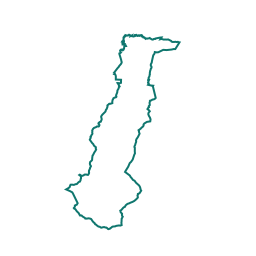 the district of Malini, Suceava, Romania, rotated 334°
{"feature_id": "2599482B41732614853379", "entity_name": "Malini", "entity_type": "district", "adm_level": 2, "iso_a3": "ROU", "parent_name": "Romania", "parent_adm1": "Suceava", "projection": "natural_earth1", "projection_center": [26.022, 47.371], "detail": "fine", "context": "isolated", "style": "outline", "palette": "teal", "viewbox_px": 256, "rotation_deg": 334, "n_neighbors": 0, "source": "geoboundaries", "source_scale": "gbopen_adm2", "svg_char_len": 5730}
<svg xmlns="http://www.w3.org/2000/svg" viewBox="0 0 256 256"><g transform="rotate(334 128 128)"><path d="M112.4,190.1L112.3,188.9L112.7,187.6L112.9,186.3L112.8,184.6L111.2,180.7L110.8,178.3L109.7,176.8L109.3,174.6L108.9,173.4L108.8,171.5L106.1,166.2L107.2,165.4L111.2,162.9L114.2,160.3L115.9,159.8L118.4,158.4L122.0,154.7L123.1,153.9L123.8,152.1L125.5,148.7L125.4,147.9L125.8,147.3L127.0,146.4L127.9,145.3L129.3,144.0L129.7,142.8L130.6,141.8L132.9,140.5L135.9,138.2L136.1,136.5L136.3,136.0L136.5,135.6L136.4,135.3L136.5,134.6L139.0,134.2L140.2,133.7L142.3,133.2L143.1,132.6L143.3,132.0L143.6,131.6L144.6,131.1L147.7,130.8L150.9,131.8L152.0,130.2L152.1,129.9L152.3,128.2L152.1,126.2L152.3,124.5L152.6,124.0L153.2,123.3L154.9,122.5L154.7,121.5L153.8,119.5L154.7,118.9L156.0,118.5L156.0,117.8L156.3,117.4L157.4,117.1L157.7,116.8L158.4,114.8L159.5,113.6L159.6,113.2L159.8,113.1L161.0,113.4L162.0,113.2L162.5,113.2L163.8,113.6L165.2,113.5L166.1,113.1L168.6,101.6L168.5,101.4L169.1,101.0L167.5,100.0L165.0,98.0L166.0,97.5L166.2,97.0L165.8,96.6L165.9,95.9L166.1,95.7L168.0,94.0L167.2,93.6L167.5,93.2L168.3,92.6L168.7,91.7L169.6,91.2L170.2,90.6L170.7,89.7L171.1,89.5L171.7,88.1L173.1,86.2L173.9,85.5L174.6,84.6L175.2,84.4L175.6,84.0L175.9,83.5L176.0,82.8L175.8,82.1L175.9,81.8L176.4,80.8L178.0,79.6L178.9,78.3L182.6,73.7L183.9,73.1L185.0,72.1L185.4,71.5L186.9,72.6L188.4,73.2L193.9,73.2L196.9,74.9L201.6,76.6L203.8,77.1L205.1,77.8L211.8,73.6L211.1,73.1L210.6,72.4L209.4,72.1L208.3,71.2L207.4,71.0L205.6,70.1L205.0,69.4L205.0,68.7L202.9,66.0L201.7,65.6L200.5,64.9L198.9,64.2L197.1,62.6L196.1,62.4L197.8,61.3L196.5,60.8L191.9,59.6L191.6,59.9L190.2,59.3L189.6,59.5L188.8,59.3L188.3,58.9L188.2,58.6L187.2,57.3L187.0,56.6L186.1,56.6L185.1,56.2L184.4,56.1L183.5,55.4L183.4,55.5L182.9,55.6L182.8,55.3L183.1,55.2L182.7,54.8L182.6,54.1L181.9,53.7L181.8,53.3L181.6,53.2L181.8,52.9L180.8,52.0L181.2,51.7L181.3,51.2L181.0,50.5L180.7,50.3L179.9,50.1L179.9,50.3L179.7,50.4L179.0,50.2L178.8,50.3L178.5,50.1L178.8,49.9L178.7,49.6L178.1,49.3L177.3,49.3L177.3,49.5L177.0,49.5L176.6,49.1L176.7,48.9L176.4,48.1L176.2,48.0L176.2,47.9L175.8,47.8L175.6,48.1L175.3,48.0L175.1,48.2L174.8,47.7L174.6,47.5L173.8,48.3L173.1,48.2L171.4,46.9L171.9,46.5L170.6,46.5L170.9,46.2L170.5,45.4L169.9,44.7L169.3,45.0L169.0,44.7L168.2,44.8L167.4,44.2L166.8,44.2L166.8,43.8L166.5,43.5L166.3,43.8L165.6,43.6L164.9,44.0L165.2,44.5L164.2,44.7L163.8,44.6L163.4,45.0L163.3,45.3L163.4,45.6L163.1,46.2L162.7,46.5L162.5,46.9L162.1,47.1L161.8,47.5L162.5,48.1L162.4,48.3L162.1,48.0L160.8,47.6L160.4,47.9L161.3,48.6L161.3,49.5L161.1,49.6L160.7,49.2L160.3,49.7L160.4,49.9L159.9,49.9L159.8,50.3L160.9,50.1L161.8,50.9L161.0,51.4L160.9,51.8L161.5,52.4L162.1,52.6L162.1,53.4L161.0,52.9L160.5,52.8L160.3,53.3L159.1,55.1L158.8,55.1L158.4,55.0L157.9,55.1L157.6,55.5L157.7,55.8L157.2,55.9L156.8,55.7L156.7,55.5L156.7,54.8L156.5,54.6L156.0,54.5L155.5,54.6L154.8,55.0L154.6,56.3L154.3,56.8L154.5,57.1L153.6,57.3L152.9,57.2L152.7,57.6L152.3,60.2L151.7,63.8L151.3,65.3L151.3,65.8L151.2,66.1L150.8,66.6L149.7,67.4L147.1,68.5L146.7,68.9L144.9,69.6L139.7,72.2L140.1,72.7L140.0,73.1L139.9,73.3L139.9,73.6L139.6,73.7L139.9,73.9L140.0,75.2L139.5,76.8L139.1,77.4L138.3,79.1L142.9,81.6L141.5,84.3L140.6,84.1L140.2,84.2L139.9,84.1L139.6,84.0L138.7,83.1L138.3,83.0L138.6,85.0L138.6,85.6L138.3,86.1L138.7,86.8L138.7,87.0L137.7,87.4L136.7,88.5L135.0,89.6L133.9,91.3L131.9,93.1L131.4,93.8L131.4,94.6L131.2,94.9L130.7,95.1L129.2,94.8L127.9,94.9L127.3,95.5L126.6,95.9L125.8,96.9L125.4,97.5L124.8,98.8L122.7,98.5L122.1,98.1L121.6,98.0L121.1,98.2L120.8,98.4L119.7,98.5L119.2,98.9L118.9,99.9L117.7,101.0L117.4,101.4L116.0,102.1L115.2,103.1L114.8,103.4L110.7,104.8L109.0,105.8L108.7,106.4L108.4,108.0L108.2,108.6L107.8,109.1L106.8,109.9L106.4,110.4L106.1,110.4L105.4,110.2L104.7,110.5L104.1,110.4L103.9,110.5L103.3,111.2L103.7,112.5L103.6,112.9L102.7,113.7L102.3,113.8L100.9,113.0L99.6,113.2L97.5,113.0L96.1,113.5L94.7,114.6L94.5,115.4L93.9,116.2L93.6,117.4L93.1,117.9L91.8,118.5L90.9,119.5L90.5,119.4L90.3,119.6L90.1,120.5L88.5,121.8L89.2,125.9L89.7,127.2L89.7,129.0L90.7,131.2L90.6,131.4L90.0,132.3L89.9,132.7L90.0,133.2L89.5,133.6L89.3,133.9L87.4,135.0L87.0,135.2L84.7,137.0L84.1,137.2L82.8,139.1L81.7,141.0L81.2,141.3L79.0,142.0L78.2,143.1L78.0,143.7L77.8,144.4L78.0,145.9L77.8,146.3L76.7,146.9L76.0,147.8L74.2,149.3L73.4,150.8L73.4,151.2L73.0,151.7L71.7,152.6L71.4,152.6L69.9,151.4L68.9,151.0L68.4,150.8L67.5,151.1L65.6,150.9L65.1,150.5L64.7,149.5L64.2,148.8L63.6,148.9L64.4,150.5L64.3,151.5L63.6,152.8L63.0,153.2L62.6,154.0L61.3,155.1L60.4,154.9L59.3,155.2L57.6,155.9L57.2,155.9L56.2,155.5L54.4,155.4L52.9,154.4L51.5,153.8L50.3,154.8L49.9,155.4L49.1,155.7L48.2,155.9L45.5,156.1L48.2,159.3L49.7,161.4L49.8,162.6L49.8,173.5L48.3,174.5L47.8,174.4L46.3,174.4L46.2,174.9L45.5,175.6L44.2,176.2L44.3,176.8L45.1,177.9L45.5,180.5L46.3,182.6L46.4,183.4L46.4,184.5L46.6,185.7L47.3,185.8L48.0,186.4L48.3,187.5L49.8,189.8L49.9,190.7L50.9,191.1L51.2,191.4L52.8,191.8L54.1,192.7L55.0,193.7L55.4,196.7L55.7,197.3L55.7,197.8L56.3,198.8L56.3,200.1L56.9,200.8L57.3,201.9L58.2,203.6L59.3,204.4L59.9,205.5L60.3,205.9L62.4,206.3L63.3,206.7L64.0,207.5L64.9,208.0L65.4,208.9L65.7,209.9L66.0,210.3L67.6,210.6L68.2,210.3L69.0,210.3L70.4,209.9L71.0,209.9L73.4,210.8L74.5,210.8L77.1,211.6L78.2,212.3L79.7,212.5L80.6,210.1L81.0,209.6L82.5,206.8L84.4,205.4L84.2,204.5L84.4,203.4L85.0,202.7L85.1,202.4L84.6,201.0L84.5,200.2L84.9,199.1L84.9,198.9L86.0,198.8L88.8,197.6L89.7,197.4L90.7,197.5L91.8,196.6L92.7,196.3L94.1,196.0L94.6,196.0L95.7,196.2L97.6,196.2L99.7,196.4L101.7,196.3L103.7,195.8L105.8,195.1L106.3,194.8L106.5,194.6L107.0,192.7L107.7,192.3L108.0,191.6L109.7,191.7L112.4,190.1Z" fill="none" stroke="#0f766e" stroke-width="2"/></g></svg>